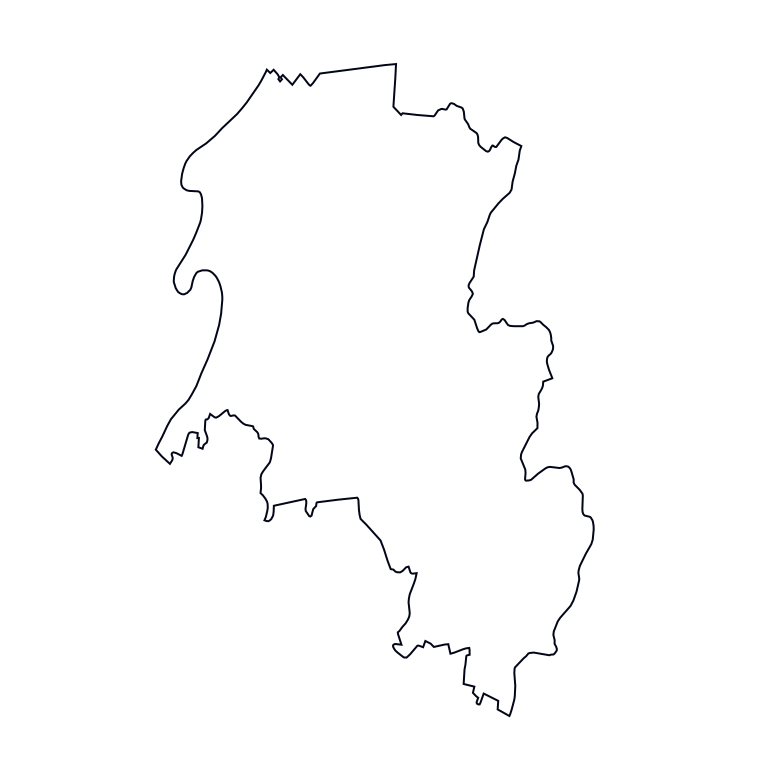 the district of Vu Ban, Nam Định, Vietnam, rotated 185°
{"feature_id": "81297802B77828019918781", "entity_name": "Vu Ban", "entity_type": "district", "adm_level": 2, "iso_a3": "VNM", "parent_name": "Vietnam", "parent_adm1": "Nam Định", "projection": "equal_earth", "projection_center": [106.09, 20.382], "detail": "fine", "context": "isolated", "style": "outline", "palette": "ink", "viewbox_px": 768, "rotation_deg": 185, "n_neighbors": 0, "source": "geoboundaries", "source_scale": "gbopen_adm2", "svg_char_len": 6146}
<svg xmlns="http://www.w3.org/2000/svg" viewBox="0 0 768 768"><g transform="rotate(185 384 384)"><path d="M186.7,305.4L189.1,311.7L190.3,314.6L191.2,316.0L193.1,317.7L195.2,318.0L196.9,317.6L199.4,316.3L201.8,315.6L211.4,315.9L213.5,315.4L215.7,314.1L222.8,308.0L229.0,301.5L230.9,300.6L234.2,300.1L234.8,300.5L235.2,301.5L235.2,307.7L235.8,311.1L241.3,321.8L241.3,325.6L240.7,328.1L234.4,343.9L232.2,347.7L227.3,353.4L227.7,358.8L229.3,364.7L229.0,367.8L228.0,370.9L227.7,375.0L227.8,378.0L229.2,384.6L228.9,387.7L226.9,391.7L225.9,394.4L225.5,396.7L225.6,400.2L216.8,404.4L220.9,412.6L223.3,418.7L223.7,420.4L223.8,422.8L223.5,425.0L222.4,426.7L220.7,428.4L219.7,430.1L218.8,432.9L218.7,435.5L218.9,436.8L221.1,441.7L221.5,444.8L222.1,447.5L223.1,450.1L224.4,452.2L227.3,454.7L230.3,456.7L233.7,459.5L234.7,460.0L237.5,459.9L240.6,458.2L244.9,457.1L247.0,456.1L248.8,454.6L250.6,453.7L259.9,452.9L263.3,452.9L265.3,453.4L265.9,453.9L269.5,458.3L271.2,459.2L272.3,458.6L273.7,456.2L275.0,454.9L276.3,454.4L280.1,454.0L281.5,453.5L282.6,452.5L286.9,447.2L292.4,444.3L293.6,444.0L294.6,444.9L296.1,447.7L299.6,455.9L306.2,461.8L307.0,463.5L307.3,467.0L307.0,472.5L306.3,475.2L304.3,478.9L303.3,481.5L304.0,483.1L304.8,484.3L307.8,487.4L308.2,488.5L308.3,489.9L307.6,492.0L304.0,498.7L304.1,505.2L300.7,530.4L298.0,546.8L295.1,554.5L293.4,561.6L292.5,564.0L285.6,574.1L281.8,578.8L275.5,585.4L273.9,588.8L273.5,596.9L272.0,605.2L271.2,613.0L269.6,619.2L269.1,628.3L267.9,633.0L275.9,636.3L282.7,639.8L284.9,640.3L286.7,639.1L288.1,637.6L292.7,630.1L293.1,629.8L294.3,629.9L296.2,631.0L296.8,631.0L298.0,629.0L298.4,627.5L299.4,625.4L300.8,624.5L302.6,624.9L308.1,628.5L309.9,630.1L311.1,632.4L311.8,638.4L312.6,640.6L313.6,642.0L320.3,645.8L321.4,647.3L322.9,650.3L326.2,654.2L326.9,655.3L328.2,662.2L329.6,665.3L331.0,666.2L335.8,667.4L338.7,669.1L340.8,669.6L341.7,669.5L342.6,668.9L345.6,663.0L346.6,662.7L349.7,663.1L350.9,663.0L354.0,661.2L357.0,655.8L357.9,655.0L374.1,654.9L389.1,655.3L390.4,653.5L398.8,661.0L399.4,689.9L399.9,703.8L410.8,701.8L474.9,687.7L481.0,677.5L483.0,674.9L483.4,674.7L484.8,675.6L491.3,682.6L494.4,685.3L501.4,674.1L511.7,683.0L513.7,680.5L512.2,678.6L513.9,676.4L515.8,678.5L515.0,680.5L517.1,683.4L521.3,687.4L524.4,683.9L528.1,686.9L528.9,684.5L532.7,675.4L535.0,670.6L545.3,652.5L549.5,646.2L554.0,640.0L567.6,624.7L574.0,616.5L582.1,608.2L591.4,600.7L594.3,597.6L597.3,593.9L600.2,588.8L601.2,586.2L602.4,581.6L603.4,576.0L603.8,568.3L603.2,564.9L601.7,562.3L600.5,561.3L597.5,559.8L594.8,559.4L585.8,559.7L584.1,558.9L582.7,556.7L581.5,553.2L580.4,545.4L580.2,538.8L580.7,531.7L581.2,528.8L584.3,518.1L586.7,510.9L592.9,495.4L600.8,480.2L601.3,478.8L602.1,475.6L602.5,472.3L602.4,468.0L602.1,466.8L599.8,461.3L597.3,457.9L595.6,456.8L593.6,456.0L592.1,455.8L590.8,456.0L588.0,457.6L585.1,461.1L584.3,463.5L583.5,470.2L582.4,474.3L580.7,478.0L579.4,479.5L574.9,481.4L570.7,481.8L569.1,481.7L567.1,481.2L564.5,479.8L561.2,476.9L559.5,474.8L557.0,470.7L555.4,467.0L553.4,460.9L552.7,457.0L552.4,453.7L552.4,439.8L553.4,428.5L556.5,411.8L561.9,393.2L566.8,378.9L570.7,365.7L574.4,357.2L577.3,351.2L580.0,347.4L586.2,340.6L593.2,330.3L596.3,323.3L600.3,312.3L603.3,305.1L605.6,298.7L598.9,292.4L590.3,285.8L588.3,289.6L588.0,291.1L588.2,292.5L589.4,295.2L589.3,296.2L588.9,297.0L587.7,297.6L584.7,297.0L579.3,294.8L578.7,296.5L574.8,315.7L574.2,317.6L573.4,318.6L570.9,319.4L565.3,318.9L565.2,313.9L563.7,314.1L563.4,304.8L559.1,303.7L558.4,307.2L557.5,308.4L555.4,310.3L555.0,312.8L555.1,314.5L555.7,316.4L558.5,322.4L558.8,331.9L558.5,333.0L556.9,333.4L555.7,334.7L554.6,339.0L549.7,336.0L548.2,335.9L545.6,337.6L540.1,343.0L538.6,344.1L537.6,344.4L535.9,340.4L534.6,339.0L533.7,338.8L530.8,339.7L529.5,339.5L523.1,333.9L520.7,332.3L518.5,331.3L511.0,330.5L510.5,330.0L509.9,328.0L506.0,324.9L505.2,323.8L504.8,323.0L504.3,320.2L503.5,318.8L501.4,318.8L498.5,319.5L496.9,319.5L494.4,318.9L490.7,315.5L489.3,313.6L489.2,312.7L490.1,300.1L490.9,296.0L496.7,286.7L498.3,283.5L498.8,279.8L497.6,272.0L497.4,269.3L497.5,264.6L495.0,262.6L492.2,259.5L490.2,256.5L489.5,254.4L489.0,250.5L489.2,247.5L490.1,241.3L491.2,237.8L488.7,237.2L487.1,237.3L485.8,238.2L484.5,239.7L483.0,243.2L482.8,247.0L483.1,253.1L452.5,262.6L451.5,261.4L451.2,260.4L451.0,258.0L451.3,252.8L450.9,250.7L447.0,245.9L445.8,245.6L444.7,246.6L443.6,253.2L441.0,256.5L440.9,259.5L440.3,260.3L419.9,264.7L400.8,268.4L400.0,267.6L399.4,266.3L398.0,256.5L396.9,251.5L395.6,247.6L389.2,242.2L373.8,227.8L369.6,219.2L364.9,207.9L361.2,200.2L358.4,199.9L356.3,198.1L354.5,197.6L351.4,197.8L349.1,199.5L345.9,203.4L343.6,204.2L341.3,198.7L340.8,198.1L340.0,197.7L338.6,197.6L335.0,198.4L335.7,192.7L336.7,188.4L340.0,176.9L340.5,172.6L340.5,168.6L338.5,158.6L338.4,157.1L338.6,154.5L339.7,151.2L341.7,147.3L344.4,143.8L347.1,139.3L348.6,137.8L348.3,136.2L343.9,125.8L350.3,126.0L351.7,125.2L352.2,124.4L352.0,123.0L350.8,121.1L349.5,119.5L347.2,117.7L340.7,113.5L339.4,113.3L337.6,113.5L334.3,117.2L328.0,126.1L327.2,126.4L325.8,126.2L322.1,125.2L320.4,131.6L314.9,129.4L311.4,126.4L301.0,129.7L297.3,130.4L294.3,121.1L290.6,122.5L282.0,126.7L279.2,127.8L276.1,128.5L275.6,126.7L275.1,121.7L277.4,121.0L278.1,120.5L278.3,120.0L278.4,111.6L278.9,106.6L278.5,92.1L267.6,90.4L268.5,84.1L265.1,81.1L262.8,79.6L263.9,75.6L263.9,74.4L263.4,73.6L261.9,73.0L260.8,73.2L260.1,75.0L257.7,84.3L242.6,78.3L242.4,69.7L230.2,64.2L229.6,65.7L228.4,71.0L226.7,80.8L226.5,84.4L226.9,94.7L229.0,107.5L229.1,111.8L228.8,113.1L221.0,122.9L218.7,125.2L216.7,128.1L215.5,128.7L211.4,129.5L195.6,128.2L194.3,128.9L191.7,129.3L190.9,129.9L189.1,132.7L188.7,133.6L188.7,135.0L189.6,137.3L191.4,140.0L191.7,143.8L193.4,148.8L193.3,152.3L190.3,162.4L189.3,164.4L187.9,166.8L178.8,179.2L176.4,185.0L174.1,194.0L172.5,205.4L172.5,206.9L173.9,212.8L173.8,215.6L173.4,217.8L173.0,219.9L168.1,232.6L163.5,242.6L162.5,247.1L162.4,257.0L162.8,260.7L163.8,264.8L164.6,266.6L166.4,269.0L167.3,269.6L172.4,270.4L173.2,270.8L174.2,271.9L175.0,273.7L175.5,276.6L176.2,290.1L176.7,292.0L179.9,295.7L185.3,300.3L186.5,302.3L186.7,305.4Z" fill="none" stroke="#020617" stroke-width="2"/></g></svg>